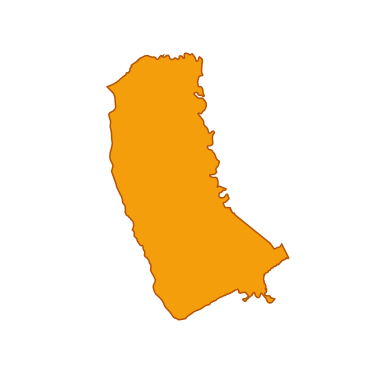 outline of Khun Tan, Chiang Rai, Thailand, rotated 133°
{"feature_id": "78962969B25374198487057", "entity_name": "Khun Tan", "entity_type": "district", "adm_level": 2, "iso_a3": "THA", "parent_name": "Thailand", "parent_adm1": "Chiang Rai", "projection": "orthographic", "projection_center": [100.257, 19.884], "detail": "fine", "context": "isolated", "style": "filled", "palette": "amber", "viewbox_px": 384, "rotation_deg": 133, "n_neighbors": 0, "source": "geoboundaries", "source_scale": "gbopen_adm2", "svg_char_len": 6008}
<svg xmlns="http://www.w3.org/2000/svg" viewBox="0 0 384 384"><g transform="rotate(133 192 192)"><path d="M174.3,76.3L168.9,90.8L170.6,90.4L172.5,90.3L174.3,91.6L177.6,92.9L176.2,100.0L179.4,144.2L179.1,146.1L178.7,146.7L179.5,147.7L179.2,148.4L179.5,149.8L178.5,150.5L178.4,151.6L178.7,152.1L177.6,152.7L177.4,153.2L177.7,153.8L180.4,156.6L180.6,157.5L179.7,160.1L178.9,161.5L178.3,161.6L177.1,160.9L175.6,160.5L171.9,160.3L171.2,161.0L170.6,162.5L169.6,164.1L169.7,164.9L170.3,165.2L173.5,164.8L174.8,165.2L176.5,166.9L177.0,167.8L176.9,169.2L176.1,170.1L174.7,171.0L173.9,171.1L172.4,170.4L169.3,170.2L167.5,168.7L166.9,168.9L166.6,169.2L166.6,169.7L168.1,173.2L168.9,175.7L169.3,176.1L171.0,176.7L170.9,177.2L168.7,178.1L166.9,179.8L166.1,180.8L164.9,183.4L164.9,184.1L165.4,185.0L166.6,185.9L167.6,187.3L167.9,188.6L168.0,190.1L167.6,190.5L167.0,190.5L164.5,188.2L163.1,187.6L161.2,187.4L160.4,187.8L159.8,189.3L158.7,190.3L157.7,190.6L154.9,190.8L151.3,192.5L150.9,193.5L151.2,195.0L151.2,196.5L148.7,201.6L148.5,204.0L148.0,205.9L148.2,206.9L149.0,207.8L149.4,208.9L149.2,210.0L148.6,211.5L148.1,211.9L147.7,211.9L144.9,209.7L143.9,209.5L142.8,209.6L141.6,210.5L139.5,213.0L137.0,215.2L136.1,215.6L133.8,215.8L132.9,216.7L132.8,217.7L133.3,218.3L134.4,218.7L136.4,218.6L137.0,219.2L137.1,220.3L136.8,221.1L135.8,222.4L135.2,223.9L134.8,225.4L134.9,227.9L134.7,228.9L134.1,229.9L132.7,231.3L131.8,233.3L130.8,240.6L130.3,241.1L129.6,240.9L129.1,239.4L128.2,238.6L125.4,239.0L123.2,238.7L120.1,239.8L118.1,241.4L117.3,242.4L116.6,244.3L116.2,247.7L116.7,249.0L118.8,250.9L119.1,251.7L119.2,252.3L119.0,253.8L119.3,256.2L119.0,257.2L118.5,257.7L117.8,257.7L116.7,257.2L116.1,256.5L115.7,255.3L116.5,254.2L116.5,253.2L116.0,252.3L114.9,251.2L114.5,249.0L114.0,248.6L113.4,248.5L112.0,251.4L109.8,253.9L109.3,254.8L108.9,256.3L108.9,257.1L110.2,258.8L110.3,259.6L109.8,260.6L108.4,261.9L107.7,263.2L105.6,264.0L104.2,265.0L102.5,265.5L101.0,264.9L99.6,263.8L99.1,263.9L98.8,264.2L98.5,265.6L97.6,267.0L93.3,270.7L89.8,273.1L88.1,274.9L87.8,275.7L88.1,278.7L89.1,278.7L90.6,277.7L92.0,277.2L92.6,277.3L93.2,277.9L93.2,278.6L91.5,281.5L90.8,286.0L91.0,286.3L92.7,286.8L93.4,287.5L93.5,289.3L94.9,291.4L95.7,291.8L96.4,291.6L98.2,290.1L98.9,289.0L99.2,289.0L99.8,289.2L100.1,289.6L100.1,290.2L99.5,291.7L99.9,292.7L100.6,293.6L101.2,293.8L101.7,293.6L103.2,292.3L103.8,292.3L104.2,292.6L104.9,293.3L105.0,294.8L105.5,295.8L105.9,296.1L107.4,296.1L108.2,296.5L108.9,297.3L109.4,298.4L109.5,299.3L108.4,301.0L108.2,302.5L108.6,302.7L109.0,303.2L109.4,303.3L109.6,303.8L109.9,303.6L110.2,303.9L111.4,303.6L112.0,303.9L112.6,304.7L113.0,305.5L111.7,306.1L112.6,306.3L112.9,306.7L113.3,306.6L113.2,307.3L113.7,307.8L115.1,307.9L115.7,307.7L115.9,307.3L116.5,307.6L117.7,307.4L118.5,307.8L118.8,308.2L119.0,309.1L118.7,310.1L119.0,310.6L118.8,311.0L119.3,312.1L120.8,313.1L121.1,314.4L121.9,315.5L122.3,317.5L123.1,317.9L124.1,319.0L126.7,320.1L128.8,320.7L129.0,321.0L129.8,321.4L130.5,321.2L132.1,321.5L132.3,321.0L134.4,321.7L134.7,321.5L139.4,322.6L140.9,322.7L141.1,322.6L141.2,321.7L143.4,321.8L143.7,321.3L144.8,321.0L146.1,319.9L146.6,320.1L146.9,319.8L147.2,320.0L148.1,319.8L148.7,320.2L149.0,320.9L149.7,321.1L150.1,321.1L151.0,320.4L151.6,320.3L154.2,321.0L162.3,321.8L163.6,322.1L168.2,323.6L172.9,325.8L173.4,317.1L173.8,315.8L175.2,313.1L180.9,306.9L182.4,305.5L184.1,304.8L186.6,305.0L190.0,306.1L191.2,306.0L192.2,305.6L193.7,303.4L195.8,299.7L200.1,296.3L203.3,291.6L208.1,286.7L210.7,283.5L213.3,281.7L219.3,278.5L222.7,275.7L224.1,273.6L226.0,268.8L226.7,267.6L231.0,265.3L231.8,264.8L232.3,263.9L237.5,253.8L239.8,250.1L242.1,244.3L243.5,240.4L244.2,238.9L247.0,235.4L247.8,231.4L251.4,227.6L252.4,227.2L252.5,226.5L253.5,224.7L253.6,223.4L253.1,222.3L253.4,221.1L253.3,219.0L253.7,217.9L253.7,216.2L254.2,214.2L256.5,211.6L258.3,210.6L260.3,209.9L260.4,208.2L261.1,206.4L263.6,204.3L263.9,200.0L264.6,199.4L265.2,198.4L266.3,193.3L266.2,192.9L265.0,191.7L265.0,191.1L266.6,189.3L267.1,188.5L267.6,186.7L268.3,185.6L269.2,184.6L270.3,184.0L271.1,183.0L271.1,180.9L270.7,180.2L271.1,179.3L271.3,177.1L273.2,174.0L273.2,173.1L273.6,172.3L274.9,170.8L276.8,169.5L277.6,168.7L278.5,166.5L278.9,164.7L280.2,161.1L281.1,159.0L282.6,157.9L287.1,156.3L288.5,154.9L290.3,151.8L291.3,148.9L291.3,143.8L291.7,139.9L292.9,136.3L294.0,134.2L294.4,132.5L294.9,126.1L296.2,119.7L295.0,116.6L294.5,114.5L289.7,110.8L288.6,110.3L286.7,110.6L285.5,110.5L282.0,109.6L277.8,108.8L271.7,105.9L265.8,104.6L262.6,102.6L261.8,102.5L259.8,102.8L255.1,100.8L252.7,100.5L250.0,99.7L248.2,98.7L245.7,98.0L245.3,97.4L244.8,97.0L242.9,97.0L241.9,95.8L240.3,95.5L239.9,95.1L238.1,94.4L236.6,94.2L236.0,93.7L234.9,93.8L232.8,92.5L232.0,92.4L232.2,90.3L233.4,89.6L233.5,88.4L233.1,87.7L230.0,85.7L229.2,84.7L229.1,83.5L229.4,80.6L229.6,80.1L230.2,79.7L232.1,79.6L233.6,80.2L234.8,81.5L235.8,81.6L236.1,81.4L236.3,80.6L236.0,79.2L235.6,78.5L235.1,78.2L233.0,78.6L226.3,77.8L223.9,78.4L223.1,78.2L223.4,76.7L224.6,74.7L224.7,73.1L224.2,71.6L223.5,71.2L222.6,71.1L221.6,71.4L219.4,72.5L218.9,72.4L218.6,72.1L219.4,65.6L219.9,64.0L220.6,62.7L220.8,61.5L220.4,59.7L219.1,58.6L217.5,58.2L213.8,58.5L214.0,59.3L215.0,60.9L215.1,61.5L215.8,62.0L215.6,62.8L215.0,63.5L215.0,64.0L215.3,64.8L216.7,66.2L217.2,67.0L217.4,68.1L217.1,69.3L216.4,69.6L214.7,69.3L214.2,69.7L213.6,69.8L213.3,70.3L213.2,71.1L212.1,71.1L212.2,71.7L212.7,72.4L211.7,72.7L210.3,74.0L209.4,75.9L209.4,76.6L209.1,77.3L208.8,77.6L208.7,78.2L208.3,78.3L207.9,78.7L207.2,80.1L204.5,82.0L203.8,82.1L203.7,82.6L203.5,82.8L202.8,82.6L201.3,82.9L199.8,82.2L199.4,82.3L198.8,81.8L198.0,82.2L197.5,82.0L197.1,82.1L195.5,81.5L194.2,82.0L193.3,81.8L192.5,81.2L190.6,81.3L190.4,81.0L189.9,80.9L189.1,80.1L188.6,80.3L187.9,80.1L187.1,80.4L186.6,80.4L186.4,79.4L186.2,79.2L182.7,79.4L182.1,79.1L181.1,79.5L180.2,79.2L180.2,78.9L179.3,78.5L178.4,78.5L177.5,77.9L176.6,78.0L176.3,77.7L175.8,77.9L175.2,76.4L174.3,76.3Z" fill="#f59e0b" stroke="#b45309" stroke-width="1.5"/></g></svg>